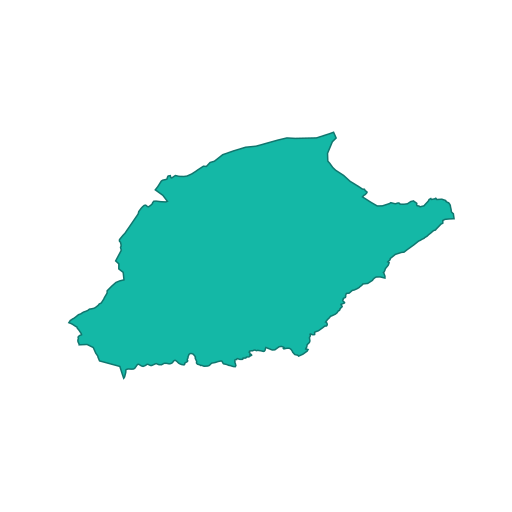 Vidra, Alba, Romania, rotated 156°
{"feature_id": "2599482B12532638103294", "entity_name": "Vidra", "entity_type": "district", "adm_level": 2, "iso_a3": "ROU", "parent_name": "Romania", "parent_adm1": "Alba", "projection": "robinson", "projection_center": [22.929, 46.365], "detail": "fine", "context": "isolated", "style": "filled", "palette": "teal", "viewbox_px": 512, "rotation_deg": 156, "n_neighbors": 0, "source": "geoboundaries", "source_scale": "gbopen_adm2", "svg_char_len": 6113}
<svg xmlns="http://www.w3.org/2000/svg" viewBox="0 0 512 512"><g transform="rotate(156 256 256)"><path d="M267.5,359.4L273.9,358.4L276.8,357.8L281.4,357.1L286.6,357.1L289.6,358.0L294.0,360.1L296.9,362.3L300.5,361.7L301.1,361.6L301.6,361.8L301.9,362.3L301.7,363.4L301.6,364.3L303.7,364.8L304.6,364.2L305.4,363.3L305.9,362.6L306.5,362.5L307.5,362.6L310.3,363.2L312.0,363.0L317.5,359.3L321.1,357.4L316.4,349.3L314.7,342.0L316.5,342.1L321.0,344.4L325.0,346.8L327.1,347.6L328.8,346.7L329.3,346.0L331.0,345.3L333.7,344.7L334.4,344.7L335.3,345.6L335.6,346.4L336.1,347.3L337.5,347.7L339.6,347.1L341.5,346.3L345.0,344.3L346.6,342.3L360.9,333.5L363.4,332.0L366.4,330.1L369.1,329.0L373.5,326.8L374.3,326.2L374.7,324.9L374.2,323.7L374.7,321.2L375.4,319.6L376.0,319.3L376.3,318.9L376.6,316.7L377.0,315.8L386.2,308.6L384.5,304.6L386.6,300.0L384.0,295.1L386.3,287.9L390.6,288.7L394.7,288.8L399.9,287.2L406.1,284.8L407.1,282.7L411.6,279.5L412.5,278.6L416.5,276.0L418.8,275.9L420.2,275.1L423.0,274.4L424.9,274.1L428.0,274.7L429.7,275.2L430.7,275.0L431.5,274.7L433.9,274.7L435.9,274.9L437.6,274.8L439.6,274.4L442.0,274.6L445.7,273.6L448.0,273.1L449.5,273.1L450.3,272.8L451.8,272.7L454.1,271.2L452.4,269.5L451.1,267.8L450.0,266.0L449.1,264.7L448.5,264.1L448.6,262.7L447.9,260.3L447.2,256.1L447.4,255.0L449.4,255.1L450.2,254.9L451.5,254.3L451.7,253.7L451.9,252.7L452.9,251.7L453.4,250.4L453.5,249.4L453.4,247.6L453.7,246.8L446.3,243.9L441.9,238.6L441.9,232.4L441.2,228.7L441.5,228.0L441.6,223.8L425.3,210.5L426.2,202.5L426.6,198.1L426.2,198.3L425.2,199.0L422.5,202.4L422.0,203.2L421.6,204.3L421.0,205.0L420.0,205.0L418.7,204.8L415.6,203.2L413.9,202.6L413.4,202.6L412.3,202.8L408.8,204.9L407.8,205.1L407.2,204.8L405.3,202.1L404.1,201.1L402.8,201.0L401.1,201.0L399.9,201.4L399.3,201.3L398.7,200.9L396.8,198.8L396.2,198.5L395.5,198.4L391.7,198.4L390.9,198.3L388.9,196.2L386.6,195.1L383.4,195.3L381.3,194.3L379.2,192.8L377.8,192.4L376.3,192.4L375.4,192.7L374.1,193.5L372.8,193.8L372.0,193.4L371.0,191.6L370.7,190.7L370.2,189.5L369.3,188.3L368.0,187.0L367.0,186.4L366.6,186.1L365.9,185.8L365.1,186.2L364.8,187.0L363.4,187.3L361.6,187.5L361.0,188.0L361.2,188.9L361.0,189.2L360.7,189.7L359.7,190.5L359.2,191.2L359.0,191.8L358.0,192.5L357.6,193.2L356.5,193.6L355.7,193.6L355.0,193.3L354.2,192.9L353.4,192.0L353.1,191.3L352.4,188.7L352.5,188.2L352.9,187.9L353.2,186.8L353.0,185.9L353.1,185.5L353.1,183.7L353.7,182.9L353.9,182.5L353.5,181.0L351.6,179.4L351.1,178.5L350.7,178.5L349.8,177.9L348.3,176.4L345.1,175.2L343.6,175.0L342.9,175.1L340.9,175.9L339.8,176.1L336.7,175.3L333.6,175.0L330.5,174.3L329.9,173.6L329.7,171.2L329.5,170.7L327.0,168.9L325.3,167.1L324.0,166.3L322.6,165.0L321.5,164.1L319.9,163.3L318.9,164.2L318.8,165.2L318.6,166.0L318.7,167.2L318.5,167.5L318.2,167.8L318.2,168.6L317.5,169.6L317.0,169.7L315.8,169.3L315.5,169.7L314.9,169.9L314.4,169.7L313.1,168.3L311.2,167.4L310.4,167.1L309.8,167.3L309.6,167.9L309.2,167.9L307.0,167.0L306.4,167.1L306.1,167.5L304.9,167.3L303.6,166.7L303.2,166.7L302.4,167.0L300.6,167.1L300.3,167.2L300.4,168.0L301.6,168.4L301.3,168.8L301.0,169.6L301.1,170.3L301.4,170.8L300.6,171.7L298.4,171.2L297.8,170.8L296.3,170.8L295.2,170.5L294.2,169.4L293.6,169.2L293.0,169.2L292.1,168.7L291.9,168.5L290.2,167.5L288.0,165.8L287.4,165.7L287.0,165.7L286.0,166.3L284.9,167.8L284.2,168.4L281.2,165.4L280.1,164.2L279.3,163.5L276.9,162.6L271.8,163.7L269.6,163.1L268.6,162.2L267.6,161.0L268.6,160.5L268.3,159.8L265.4,159.2L263.3,158.3L262.7,157.7L262.0,156.4L261.6,154.7L261.6,153.2L260.7,150.3L259.6,149.4L258.2,148.4L257.8,147.2L253.1,147.2L247.9,148.3L246.5,149.4L247.3,150.1L248.5,150.8L248.3,151.1L246.6,152.3L245.6,153.9L244.8,154.4L243.1,155.0L242.3,155.4L242.0,155.7L241.3,156.5L240.6,158.9L240.6,159.2L240.3,159.8L238.8,161.0L238.6,161.5L238.5,162.4L238.2,162.7L237.7,162.5L236.4,161.1L235.3,160.6L234.4,160.4L234.2,160.6L233.9,161.4L233.7,162.1L233.6,162.4L233.3,162.5L231.9,162.5L229.4,162.3L224.0,163.4L222.9,163.7L221.5,164.0L221.0,163.7L220.0,163.4L219.1,164.0L218.8,164.4L218.6,164.9L218.6,166.4L218.9,167.2L219.2,167.4L218.7,167.8L217.7,168.1L216.9,168.7L213.9,169.8L212.7,170.5L212.0,170.7L211.6,170.5L207.2,170.6L205.2,171.1L202.9,172.5L202.6,172.3L201.9,172.4L201.1,172.9L201.0,173.3L200.7,173.6L199.9,173.8L199.7,174.2L198.2,174.5L197.8,174.9L197.9,175.8L198.1,176.5L198.0,177.2L194.3,177.1L194.0,177.5L194.9,179.8L194.8,180.3L194.3,180.8L193.8,181.0L193.5,181.7L192.2,181.8L191.2,181.8L190.7,182.3L190.4,182.8L190.5,183.1L189.2,184.6L188.5,185.0L186.0,184.2L182.0,185.4L180.1,185.0L176.9,185.0L174.4,185.3L173.4,185.8L172.5,185.9L170.2,186.6L169.7,187.0L165.1,185.5L159.4,186.4L158.8,186.9L157.9,187.3L156.6,187.7L155.4,187.9L154.4,187.8L151.1,186.4L147.2,183.4L146.4,185.1L146.2,188.3L146.3,189.1L145.7,189.2L144.3,190.3L143.0,191.8L139.0,193.8L137.1,195.7L137.4,196.3L138.0,197.0L135.0,198.1L134.4,199.1L128.0,200.8L121.6,200.1L119.2,199.3L115.3,200.3L107.1,202.0L101.4,203.5L99.5,203.5L97.3,203.8L95.3,203.8L94.4,204.2L91.7,204.5L89.5,205.3L87.0,205.9L84.5,206.7L83.1,207.0L81.7,206.7L81.1,206.9L80.4,207.3L74.0,209.9L72.0,210.0L70.9,212.5L68.4,212.6L64.5,211.3L59.9,209.5L58.5,214.4L58.9,215.0L59.2,216.0L59.5,216.5L59.5,217.0L58.9,219.0L58.3,221.9L58.0,222.8L57.9,224.2L58.4,226.4L59.0,226.8L60.3,228.6L60.1,229.0L60.2,229.6L63.1,232.3L67.7,234.0L68.1,234.3L68.1,235.4L68.4,235.7L69.4,235.5L72.5,236.2L72.8,236.4L72.9,237.4L74.9,237.2L76.4,236.0L80.7,234.2L82.1,233.5L86.0,234.2L86.4,234.5L86.8,235.4L88.3,236.3L88.5,237.3L87.7,238.7L88.6,240.4L89.2,241.1L89.5,241.8L89.6,242.2L92.4,242.8L96.4,242.1L99.8,243.1L103.2,244.7L103.7,246.1L104.5,246.6L105.4,246.8L107.5,247.0L111.2,249.9L112.7,249.6L120.2,250.4L124.9,252.4L129.1,258.2L134.7,266.7L132.9,267.5L131.2,267.7L128.8,268.8L128.6,269.6L129.6,271.2L129.8,272.9L130.7,273.3L131.6,273.9L133.4,276.8L139.7,286.0L143.2,294.0L148.4,302.0L149.9,305.7L150.9,310.6L151.8,313.5L148.9,320.7L139.8,329.3L134.8,331.2L134.8,337.5L139.2,337.8L152.8,339.3L172.4,347.5L179.8,351.3L188.9,353.0L211.3,356.3L221.3,359.6L233.2,361.1L245.2,362.1L255.5,359.5L259.9,360.1L264.9,358.0L267.5,359.4Z" fill="#14b8a6" stroke="#0f766e" stroke-width="1.5"/></g></svg>